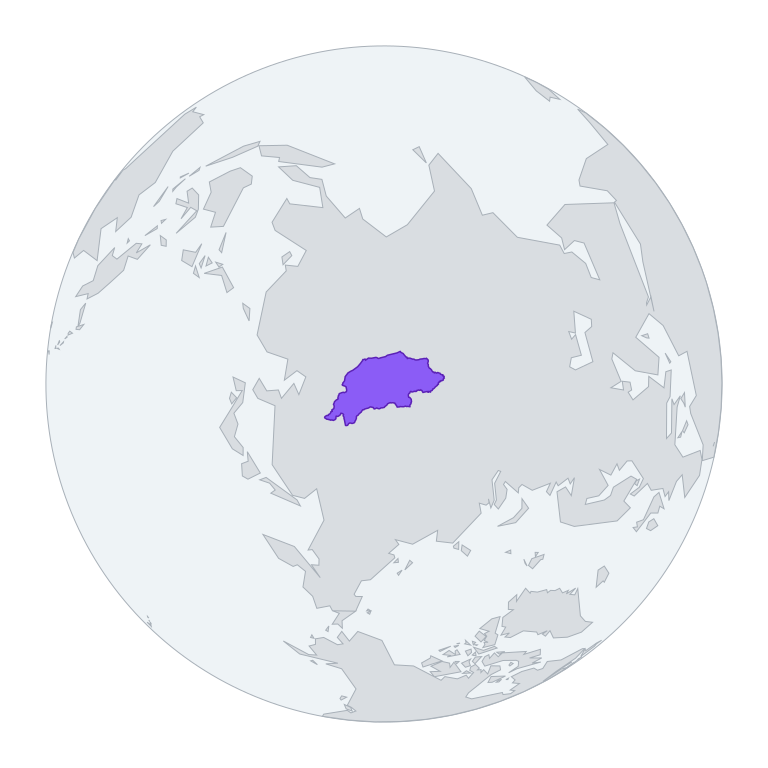 Mongolia on an orthographic globe, rotated 156°
{"feature_id": "MNG", "entity_name": "Mongolia", "entity_type": "country or territory", "adm_level": 0, "iso_a3": "MNG", "parent_name": "Asia", "parent_adm1": "", "projection": "orthographic", "projection_center": [102.872, 46.856], "detail": "fine", "context": "on_globe", "style": "filled", "palette": "violet", "viewbox_px": 768, "rotation_deg": 156, "n_neighbors": 0, "source": "natural_earth", "source_scale": "50m", "svg_char_len": 17813}
<svg xmlns="http://www.w3.org/2000/svg" viewBox="0 0 768 768"><g transform="rotate(156 384 384)"><circle cx="384" cy="384" r="338" fill="#eef3f6" stroke="#a8b0b8"/><path d="M574.3,104.8L575.4,105.5L573.3,106.9L550.3,100.8L548.0,97.0L542.7,96.7L545.3,101.8L548.2,105.4L533.6,116.8L538.5,141.1L551.0,152.0L539.7,147.7L570.8,171.6L580.5,190.2L562.8,167.4L555.8,163.8L559.0,175.1L552.5,174.0L550.3,179.1L542.2,177.0L532.5,164.7L527.1,163.3L529.7,171.5L523.2,175.2L520.2,163.2L508.6,168.6L490.2,150.6L488.7,123.2L471.7,114.4L452.4,90.1L447.4,91.9L436.9,84.8L427.3,84.6L426.5,80.8L419.5,84.0L422.1,87.5L419.9,90.2L414.5,90.6L412.5,85.7L414.9,84.8L411.5,83.6L412.8,81.0L409.1,82.5L407.2,76.9L401.0,83.1L392.8,79.3L393.8,75.5L404.2,75.0L432.4,67.5L436.6,64.8L432.0,60.7L401.3,54.0L401.6,51.9L394.3,49.6L389.3,50.7L393.2,53.1L382.1,55.3L388.2,58.7L384.6,60.3L386.7,64.8L375.0,65.3L362.6,63.5L360.2,60.1L354.7,59.5L347.7,64.1L334.5,59.9L310.4,61.5L308.2,60.7L320.5,55.6L343.8,51.4L359.7,47.7L337.9,51.5L332.8,50.7L327.1,51.5L320.7,52.8L318.1,53.9L314.0,54.3L334.1,49.8L338.1,49.4L331.7,50.6L342.6,48.9L356.1,47.2L355.8,47.3L381.4,46.1L406.9,46.9L432.4,49.6L457.6,54.2L482.3,60.7L506.5,69.1L530.0,79.2L552.6,91.2L574.3,104.8ZM697.3,262.8L694.9,258.8L695.2,257.2L697.3,262.8ZM694.2,259.1L694.9,259.9L694.4,259.8L694.2,259.1ZM694.3,260.9L694.2,259.6L694.7,261.7L694.3,260.9ZM694.9,264.1L694.5,262.2L694.7,262.6L694.9,264.1ZM694.8,267.4L694.6,268.0L694.0,265.8L694.8,267.4ZM550.6,107.4L546.0,102.1L546.1,98.2L550.7,102.6L550.6,107.4ZM549.5,116.3L545.5,113.1L551.7,112.7L552.1,114.6L549.5,116.3ZM561.5,160.6L559.0,154.7L563.6,160.9L561.5,160.6ZM551.4,180.2L554.2,182.3L551.9,184.2L551.4,180.2ZM392.9,64.4L389.9,64.6L391.1,63.6L392.9,64.4ZM396.7,66.4L400.3,65.1L402.7,65.9L400.4,66.6L396.7,66.4ZM537.4,182.8L532.8,185.4L535.8,180.6L537.4,182.8ZM391.8,67.8L406.4,67.5L410.4,69.0L405.1,73.2L391.8,67.8ZM529.0,185.6L518.1,192.7L523.3,197.8L502.3,188.0L518.6,184.8L521.4,177.8L523.8,183.5L529.0,185.6ZM425.3,88.5L422.3,84.7L429.8,87.6L425.3,88.5ZM430.7,89.8L457.0,96.1L458.8,102.4L449.6,98.7L455.9,107.1L443.8,106.9L437.6,102.3L438.9,98.2L433.3,101.4L430.7,89.8ZM492.4,181.8L488.3,182.0L490.7,179.5L492.4,181.8ZM419.7,91.6L424.8,92.1L426.7,97.4L416.7,97.5L419.3,95.7L419.7,91.6ZM463.5,109.6L463.1,113.9L453.2,114.8L451.8,116.7L443.7,107.5L463.5,109.6ZM416.1,94.7L411.6,97.4L405.7,95.3L414.7,91.5L416.1,94.7ZM431.4,98.9L431.8,101.6L428.3,100.0L431.4,98.9ZM382.5,90.4L388.6,90.4L390.1,93.1L382.5,90.4ZM410.3,98.6L412.3,99.3L413.6,100.5L409.5,101.9L410.3,98.6ZM437.3,109.0L433.2,108.7L440.1,112.8L432.9,114.1L428.8,107.8L427.6,111.1L425.4,111.5L424.5,106.0L437.3,109.0ZM409.2,107.1L401.5,100.2L389.8,99.4L388.1,96.8L407.3,98.8L409.2,107.1ZM418.3,106.9L412.3,106.4L413.2,103.2L417.9,101.6L418.3,106.9ZM429.6,117.3L441.6,116.9L442.1,118.4L429.6,117.3ZM405.6,107.4L407.5,109.1L404.7,107.7L405.6,107.4ZM422.0,114.8L426.2,114.4L426.6,116.0L422.0,114.8ZM407.9,113.0L405.4,110.7L408.5,109.4L407.9,113.0ZM414.2,114.3L413.8,116.7L411.1,110.3L416.0,113.8L414.2,114.3ZM421.7,116.4L423.3,117.3L419.9,116.4L421.7,116.4ZM397.5,119.5L393.4,111.8L400.3,108.9L403.4,116.6L397.5,119.5ZM112.4,183.0L124.4,184.5L117.2,198.6L115.8,232.3L113.9,239.2L103.4,246.4L93.9,290.6L103.3,289.9L105.2,323.9L113.3,340.5L135.0,324.3L121.9,296.5L130.1,280.9L149.1,293.9L162.1,319.4L165.7,314.2L166.3,290.0L178.3,288.3L167.6,281.1L165.2,289.6L158.5,285.6L160.2,277.8L164.3,277.2L163.0,268.2L143.4,274.0L139.0,283.3L129.8,266.6L121.5,280.6L115.9,280.0L127.8,256.1L133.5,251.6L148.1,219.3L141.3,222.3L127.0,253.4L127.4,247.2L118.1,252.7L125.6,243.7L143.0,210.2L140.7,195.6L122.2,194.7L124.2,185.8L132.9,172.2L155.4,158.0L148.5,179.8L156.4,176.1L171.2,161.6L167.8,169.8L173.0,166.9L171.7,175.1L183.1,178.2L183.8,186.0L201.0,179.9L203.7,183.3L192.8,185.8L185.5,192.1L188.8,213.0L193.2,214.8L204.1,209.4L203.6,216.3L213.8,208.5L221.9,218.3L220.5,200.2L233.3,194.5L245.2,196.9L249.1,192.1L229.9,188.4L222.4,190.0L216.4,196.4L195.8,199.4L191.9,194.1L212.5,179.5L209.3,170.7L226.7,164.1L268.1,176.5L278.9,186.2L269.8,215.2L260.0,216.1L258.3,205.8L248.1,221.0L254.5,217.0L254.2,223.1L266.3,220.2L266.6,224.4L277.7,214.7L279.4,219.6L272.4,225.7L291.8,226.6L298.8,236.1L303.1,234.4L305.6,229.9L312.8,245.6L315.7,243.6L314.4,237.7L319.2,230.2L330.4,223.3L332.3,229.1L328.5,232.3L323.3,248.3L312.9,256.7L314.8,258.5L324.3,252.6L330.6,233.0L336.8,227.3L335.3,236.6L336.3,232.8L340.0,231.8L345.4,236.4L347.8,226.5L385.9,210.7L400.1,219.1L394.5,228.5L423.0,226.0L436.9,237.2L435.7,231.4L448.6,227.4L444.4,223.8L444.8,220.8L476.0,210.7L484.7,213.4L496.8,204.1L496.2,201.4L490.3,198.7L502.3,188.0L523.3,197.8L523.7,203.4L536.6,206.4L535.5,219.1L540.6,231.5L531.9,244.8L536.7,254.1L541.2,254.3L551.2,267.6L555.8,295.8L532.0,272.0L521.0,233.0L523.8,248.4L517.2,244.9L514.5,250.6L516.9,261.9L520.9,263.2L494.2,284.0L488.1,315.7L503.1,311.8L512.8,319.5L519.0,355.8L492.4,408.5L505.1,422.2L506.2,432.2L495.7,439.9L493.9,425.4L482.9,421.5L483.5,412.6L466.1,421.2L466.1,408.9L452.5,422.3L458.1,431.6L473.5,428.0L461.7,445.8L477.8,460.9L480.0,480.4L454.2,516.0L427.3,527.1L425.8,532.8L414.9,526.5L400.7,537.6L421.0,568.6L420.5,577.3L397.3,593.0L396.8,586.9L368.1,570.0L362.8,589.8L384.5,607.2L392.0,625.2L375.3,619.1L367.7,602.7L357.5,596.2L360.3,579.2L351.9,551.4L335.0,554.4L336.3,543.4L322.1,517.4L297.9,520.0L259.4,539.7L254.0,565.7L240.8,572.7L224.8,527.0L225.5,498.2L214.8,496.2L202.5,463.8L167.0,439.4L166.3,429.9L158.7,428.2L150.7,412.1L151.4,397.0L144.5,391.4L143.9,431.4L151.7,437.6L164.4,433.3L162.3,445.2L170.5,462.9L145.7,474.4L100.2,456.0L103.2,434.5L107.0,356.0L111.1,351.5L111.4,350.8L111.9,349.3L104.6,355.2L107.8,340.5L97.8,390.4L92.8,407.5L99.5,456.4L97.0,457.1L101.4,469.7L124.4,485.1L122.9,491.1L107.5,507.6L82.1,511.8L89.8,539.4L95.3,556.4L89.3,549.4L78.0,527.4L68.3,504.6L60.4,481.2L54.1,457.2L49.6,432.9L47.0,408.3L46.1,383.6L47.0,358.9L47.1,358.4L48.2,346.0L48.5,343.9L52.4,319.2L58.1,294.8L65.5,271.0L74.8,247.7L85.7,225.2L98.3,203.6L112.4,183.0ZM108.7,193.2L105.6,196.5L108.7,193.2ZM168.3,358.8L181.0,373.3L188.4,352.7L193.9,356.8L194.4,348.6L188.9,351.2L192.0,330.0L202.2,331.8L207.4,324.2L203.4,319.0L184.1,319.4L179.5,349.3L170.9,352.0L168.3,358.8ZM331.6,51.0L329.9,51.3L323.3,52.5L326.2,51.8L331.6,51.0ZM295.3,60.9L289.4,61.4L295.6,60.2L298.5,58.8L315.1,55.1L308.0,60.2L308.2,58.3L295.3,60.9ZM335.3,52.5L325.5,53.6L336.5,52.2L335.3,52.5ZM203.0,145.2L198.2,150.3L192.3,151.2L191.5,143.2L200.1,141.6L203.0,145.2ZM192.8,157.6L213.5,146.4L214.8,151.6L210.6,150.4L209.4,155.0L202.2,154.5L183.3,171.1L176.9,173.1L178.9,156.1L181.8,160.2L186.3,154.7L192.8,157.6ZM263.9,115.0L272.9,112.0L264.1,126.9L256.8,128.1L255.5,119.7L263.4,113.3L263.9,115.0ZM379.7,76.1L383.7,75.2L384.2,76.4L381.3,78.1L379.7,76.1ZM385.2,90.2L362.8,81.8L366.2,80.1L349.0,78.0L351.4,73.1L362.5,74.5L351.3,69.6L362.3,68.8L353.8,66.2L378.2,69.8L387.6,69.5L376.2,71.5L373.8,75.9L375.6,77.8L387.7,83.0L406.7,85.3L407.3,90.7L402.7,93.9L398.3,94.1L399.2,90.4L392.5,93.4L390.6,88.4L385.2,90.2ZM348.4,137.5L351.4,131.5L337.7,139.8L335.6,133.4L334.1,134.8L328.5,131.5L319.0,130.0L319.6,126.8L315.7,127.7L311.8,125.7L306.6,125.9L305.9,120.6L299.5,120.5L302.8,118.1L291.9,119.6L299.7,116.2L295.5,113.8L290.2,118.3L298.9,92.3L296.6,85.2L290.4,81.5L304.6,77.0L319.4,78.1L332.5,83.1L332.7,91.1L339.1,88.0L341.0,91.1L335.2,92.2L345.4,92.4L345.4,95.3L357.1,101.8L371.8,101.0L376.4,103.7L370.7,105.5L379.3,107.0L371.7,112.4L374.8,114.6L370.4,122.4L357.6,125.2L362.1,127.5L359.0,134.1L348.4,137.5ZM395.9,121.6L381.0,125.6L372.6,124.3L383.8,111.2L382.0,108.5L388.8,100.8L400.9,103.0L397.8,104.9L397.7,107.3L394.0,105.7L396.8,108.9L392.7,111.8L393.7,115.1L388.6,115.4L395.9,121.6ZM118.2,240.3L117.9,244.6L118.8,249.9L113.0,253.9L118.2,240.3ZM129.6,217.3L130.3,219.9L122.5,227.3L122.8,223.2L129.6,217.3ZM137.4,215.4L131.0,219.5L134.6,214.8L137.4,215.4ZM194.1,188.2L195.6,191.0L193.1,192.9L189.2,193.2L194.1,188.2ZM307.1,163.2L310.2,159.3L312.3,159.8L323.4,154.8L325.8,159.5L320.0,164.3L307.1,163.2ZM128.9,323.3L122.7,322.7L123.2,318.1L125.2,319.2L128.9,323.3ZM114.5,286.8L114.6,297.9L112.9,287.7L114.5,286.8ZM311.6,167.4L315.9,164.7L314.4,168.7L311.6,167.4ZM328.1,162.7L327.5,167.1L327.3,159.5L328.1,162.7ZM125.7,589.9L130.6,607.2L121.9,597.3L113.8,586.4L107.6,572.5L115.6,578.5L117.7,575.0L125.7,589.9ZM476.4,656.0L486.3,655.1L485.9,656.0L476.4,656.0ZM466.1,654.4L477.5,653.0L464.0,656.7L466.1,654.4ZM481.9,652.3L493.6,648.4L498.6,645.9L497.6,648.0L481.9,652.3ZM458.3,655.5L415.5,658.4L398.6,656.1L402.6,652.6L430.1,652.7L458.3,655.5ZM401.3,652.5L375.3,641.5L339.6,605.2L352.4,607.3L389.7,630.1L387.3,633.4L403.1,642.2L401.3,652.5ZM463.9,629.5L461.4,639.6L437.9,641.0L427.2,640.0L419.8,627.5L423.9,620.6L432.7,620.4L466.6,593.3L478.5,597.8L468.1,609.4L477.8,617.2L463.9,629.5ZM255.4,568.7L262.4,586.3L255.3,586.5L255.4,568.7ZM480.1,573.7L466.6,586.7L478.9,570.0L480.1,573.7ZM487.2,558.0L488.2,563.8L482.6,558.9L487.2,558.0ZM425.6,541.6L416.3,543.3L416.0,538.8L427.7,534.0L425.6,541.6ZM481.6,496.5L481.8,510.3L480.2,515.2L475.8,507.5L481.6,496.5ZM338.2,207.8L320.1,209.2L308.6,214.3L304.6,223.1L302.4,211.7L320.1,203.8L338.2,207.8ZM379.8,209.5L383.1,202.5L386.9,205.6L386.6,207.6L379.8,209.5ZM378.1,205.2L372.5,196.7L377.8,192.8L381.2,200.3L378.1,205.2ZM341.4,180.8L335.8,180.8L337.1,177.4L341.4,180.8ZM546.6,680.2L545.3,680.5L538.1,684.4L546.5,679.2L535.4,685.6L532.3,685.8L521.3,689.6L456.3,711.5L442.8,713.2L448.0,710.5L439.1,703.4L443.7,703.1L442.9,696.1L482.2,682.6L511.0,661.1L530.9,656.4L547.2,639.2L567.1,632.4L560.0,644.4L579.3,641.0L595.9,613.4L604.1,628.2L615.6,625.0L614.6,630.6L603.8,640.7L576.2,661.9L546.6,680.2ZM665.9,570.4L662.8,574.8L662.0,575.1L663.9,572.7L665.9,570.4L665.9,570.4ZM677.0,549.9L677.6,549.5L676.6,551.2L677.0,549.9ZM676.2,550.8L678.0,547.1L677.3,549.2L676.2,550.8ZM668.0,552.7L669.6,550.0L670.1,550.2L668.0,552.7ZM500.9,652.2L515.0,642.3L522.4,639.8L500.9,652.2ZM666.3,552.4L662.7,555.9L663.2,554.3L666.3,552.4ZM666.8,549.2L666.6,547.8L668.4,549.7L666.8,549.2ZM660.2,552.0L664.4,550.9L659.6,552.9L660.2,552.0ZM657.4,555.0L654.2,556.5L654.4,555.7L657.4,555.0ZM617.5,586.9L630.1,589.2L619.4,596.1L607.6,596.7L597.3,608.5L574.5,618.2L580.0,611.8L577.2,606.7L553.1,613.3L548.2,610.5L557.0,604.5L540.8,606.2L558.6,598.2L565.7,605.0L575.6,593.8L592.4,588.2L608.3,583.2L620.7,582.5L617.5,586.9ZM558.3,618.3L561.3,617.2L558.5,620.8L558.3,618.3ZM647.9,557.1L652.6,557.2L652.0,558.7L649.6,560.1L647.9,557.1ZM623.6,579.2L637.1,563.2L640.1,561.2L631.1,575.4L623.6,579.2ZM634.0,560.5L640.0,557.4L643.1,559.2L641.8,561.3L634.0,560.5ZM521.9,621.3L521.2,624.0L516.5,623.2L521.9,621.3ZM528.0,618.2L542.1,616.8L526.7,620.7L528.0,618.2ZM484.6,618.4L488.7,624.0L502.2,617.5L491.9,625.2L500.8,633.3L497.7,637.6L488.9,628.7L485.5,640.2L479.5,641.0L476.4,632.1L482.5,619.2L488.5,613.1L512.6,606.2L484.6,618.4ZM528.0,610.6L524.3,604.2L527.0,598.4L531.1,601.3L528.0,610.6ZM512.8,588.2L502.5,580.9L493.4,586.3L511.7,569.3L518.6,579.1L512.8,588.2ZM503.8,569.1L495.2,574.1L503.9,564.4L503.8,569.1ZM492.9,571.2L491.7,564.5L498.6,564.2L492.9,571.2ZM508.2,568.5L509.5,556.4L513.1,562.6L508.2,568.5ZM488.2,549.2L503.3,558.2L484.1,556.6L482.2,533.2L490.3,531.4L488.2,549.2ZM526.8,438.6L524.2,431.4L531.2,427.8L531.0,433.7L526.8,438.6ZM551.8,411.2L532.3,424.5L516.2,435.7L521.7,438.0L519.1,451.8L510.2,441.5L520.6,424.5L533.0,418.4L533.7,406.8L542.1,396.7L538.5,383.3L541.8,376.0L548.9,386.5L551.8,411.2ZM536.4,377.8L533.2,353.0L547.0,352.4L550.8,357.6L546.5,369.1L539.5,368.7L536.4,377.8ZM536.5,347.0L529.7,346.6L510.6,313.5L510.0,306.6L531.8,330.3L526.5,331.4L528.8,339.9L536.5,347.0ZM490.1,184.9L488.4,182.3L492.2,183.8L490.1,184.9ZM442.2,218.9L443.4,215.2L447.7,216.7L442.2,218.9ZM448.9,205.8L443.2,206.6L448.5,203.3L448.9,205.8ZM430.6,209.1L440.6,205.7L432.2,212.5L430.6,209.1Z" fill="#d9dde1" stroke="#a8b0b8" stroke-width="1"/><path d="M326.6,364.9L327.0,364.9L327.8,364.5L327.9,364.3L328.0,363.8L328.3,363.5L329.1,363.4L329.3,363.5L330.0,363.6L330.4,363.9L330.7,363.9L330.8,363.8L330.9,363.5L331.1,363.4L331.3,363.8L331.8,363.8L332.1,363.7L332.2,363.3L332.4,363.2L332.6,363.3L333.0,363.4L333.3,363.1L334.0,362.9L334.1,362.7L334.1,362.3L334.2,361.8L334.6,361.6L335.1,361.7L335.5,361.6L335.7,361.1L335.9,361.0L336.6,360.9L337.7,360.6L338.2,360.6L338.7,360.2L339.0,360.1L339.8,359.7L341.0,359.5L341.3,359.6L341.4,359.3L341.8,359.1L342.0,359.1L342.5,358.6L342.9,358.5L344.3,358.6L344.7,358.2L344.8,357.8L345.1,357.8L345.3,358.2L345.8,358.7L345.9,358.9L346.1,359.0L346.4,358.8L346.6,358.5L346.8,358.4L347.2,358.6L347.3,359.3L347.6,359.6L348.2,359.7L349.5,360.0L351.2,360.3L351.8,360.4L351.9,360.7L352.0,361.9L352.0,362.4L352.1,362.7L352.3,362.8L352.7,363.3L352.8,363.7L353.2,363.6L354.0,363.7L354.3,363.9L354.4,364.2L354.6,364.4L355.7,364.5L355.9,364.6L356.2,364.7L356.3,364.5L356.9,364.4L357.2,364.2L357.5,364.2L357.7,364.5L358.0,364.5L358.1,364.3L358.3,364.4L358.9,364.7L359.1,365.0L359.4,365.1L359.9,365.0L360.0,365.1L360.6,365.1L361.7,365.3L362.1,365.8L362.2,366.1L362.4,366.3L363.0,366.3L363.8,365.7L364.0,365.3L364.5,365.2L365.0,365.2L365.3,364.9L365.6,364.8L366.0,364.5L366.6,363.2L366.8,362.1L366.8,361.8L366.6,361.7L366.3,361.6L365.9,361.1L365.7,360.4L365.7,359.9L365.3,359.1L365.4,358.7L365.7,358.0L365.8,357.4L365.9,357.0L366.0,356.8L366.3,356.4L366.5,356.2L366.8,356.2L367.0,355.7L367.3,355.1L367.5,354.9L368.6,354.5L369.1,353.9L369.2,353.6L369.4,352.9L369.6,352.7L369.8,352.8L370.1,353.2L370.3,353.2L371.4,353.9L372.5,354.2L373.2,354.9L373.6,355.1L375.2,355.2L377.9,356.5L378.5,356.9L378.8,356.8L379.2,356.8L381.2,357.5L381.4,357.7L381.4,358.0L381.3,358.3L381.3,358.9L381.5,359.3L381.6,360.2L381.6,360.6L381.6,360.8L381.8,360.9L381.9,361.2L381.8,361.7L381.8,362.0L382.0,362.3L382.5,362.4L382.8,362.8L383.3,363.2L384.0,363.5L385.1,363.8L385.4,363.9L385.6,364.3L386.1,364.4L386.9,364.6L387.5,364.4L388.6,364.5L388.9,364.4L389.6,363.8L390.0,363.6L390.5,363.5L390.8,363.4L391.9,363.1L392.4,363.1L393.0,362.6L393.4,362.5L394.6,362.8L395.3,362.9L396.1,363.3L396.6,363.4L397.9,363.2L398.4,363.3L399.4,363.9L399.8,364.5L400.5,365.1L402.0,365.0L403.1,365.2L403.2,365.3L403.2,365.7L403.3,366.7L403.4,366.9L403.6,366.9L403.7,367.2L404.4,367.6L405.2,368.3L405.7,368.6L406.0,368.7L406.5,368.5L408.4,368.4L409.3,368.6L409.6,368.7L412.2,369.0L412.6,368.7L413.0,368.7L413.8,369.1L414.1,369.0L414.6,368.8L416.4,367.5L416.8,367.6L417.9,367.1L419.2,366.8L420.2,366.1L420.7,366.0L421.4,366.0L421.8,365.9L422.7,365.2L423.0,364.1L424.3,362.7L425.4,362.0L426.0,361.3L426.8,360.7L427.1,360.8L428.5,360.7L429.5,361.1L429.9,361.5L430.7,362.1L431.3,362.3L432.4,362.2L433.8,361.2L434.1,361.1L434.7,361.2L435.5,361.4L435.8,361.6L436.0,361.9L434.6,368.0L434.7,368.4L434.5,369.0L434.1,369.7L434.1,370.4L434.2,371.1L434.3,371.6L433.4,372.5L433.7,373.5L434.0,373.9L434.4,374.3L435.3,374.8L435.6,374.6L435.9,374.1L436.4,373.6L437.5,373.5L438.0,373.3L438.4,373.2L439.0,373.2L439.7,373.3L440.2,373.6L440.6,374.0L440.9,374.0L441.2,373.4L441.5,373.0L442.1,371.8L442.9,371.6L443.1,371.4L443.5,371.3L443.9,371.4L444.9,371.3L445.2,371.4L446.2,372.4L447.3,372.6L447.5,372.7L447.8,373.2L448.0,373.4L448.6,373.6L448.8,373.9L449.7,374.6L450.6,375.1L450.8,375.4L450.9,375.7L451.1,376.0L451.7,376.6L451.7,377.0L451.8,377.3L451.8,377.7L451.2,378.2L450.9,378.3L450.3,378.3L449.8,378.5L449.1,378.5L448.5,378.3L448.2,378.1L447.7,378.0L447.3,378.5L447.0,378.5L446.8,378.7L445.7,378.7L444.8,379.2L444.2,379.6L443.9,380.1L443.7,380.3L443.4,380.3L442.8,380.1L442.4,380.1L442.3,380.3L442.2,381.1L442.3,381.3L442.2,381.5L440.8,381.8L440.3,381.7L440.1,381.8L439.7,382.2L439.5,382.3L439.3,382.5L439.2,383.0L438.6,383.8L438.3,385.1L438.5,385.6L438.4,386.0L438.1,386.3L437.8,386.4L437.4,386.8L436.5,387.9L434.5,388.7L433.5,388.9L432.8,388.8L432.4,388.9L432.1,389.1L431.9,389.2L431.9,389.8L431.7,390.2L430.8,391.3L430.5,391.8L430.3,392.0L429.7,392.3L428.9,393.3L428.6,393.4L427.4,393.3L426.4,393.3L424.9,393.1L424.4,392.9L424.0,392.4L423.6,392.2L422.3,392.3L422.0,392.2L421.4,392.4L420.9,393.0L420.5,393.9L420.2,394.9L420.1,395.8L419.8,396.4L419.8,396.7L420.0,397.0L420.4,397.7L420.8,398.2L421.9,399.1L422.4,399.7L422.5,400.1L422.5,400.3L422.3,400.5L421.8,400.7L421.0,401.8L420.8,401.8L418.8,402.9L416.7,406.1L416.5,406.5L413.6,408.1L412.5,408.7L412.1,408.9L411.2,408.9L409.3,409.2L407.0,409.2L401.0,410.5L397.1,412.4L394.7,413.8L394.2,414.0L393.6,414.7L393.3,414.9L392.8,414.6L391.2,414.5L391.1,413.3L387.7,414.0L384.9,412.6L380.9,411.7L380.1,411.3L379.7,410.9L379.0,409.8L378.7,409.6L378.0,409.4L376.3,409.3L371.5,408.4L369.2,408.9L359.5,407.1L356.0,407.2L355.8,407.0L355.8,406.4L355.7,406.0L355.2,405.4L354.8,404.9L354.2,404.2L354.0,403.8L353.9,403.1L353.1,400.3L352.9,399.7L352.7,399.4L352.2,399.3L352.1,399.1L352.1,398.7L352.4,397.8L352.3,397.7L351.1,397.7L349.7,397.0L348.9,396.2L348.4,395.8L347.7,395.0L346.8,394.7L346.4,394.4L346.0,393.7L345.7,393.3L345.1,393.0L344.2,392.6L342.2,392.0L341.3,392.1L340.7,392.0L339.7,391.7L339.1,391.4L337.3,391.1L336.7,390.8L336.2,390.7L335.9,390.5L335.6,390.2L335.2,390.0L334.8,389.9L334.7,390.0L334.5,389.6L334.2,388.9L334.2,388.6L333.9,387.9L334.3,386.8L334.8,386.1L335.0,386.0L335.7,385.2L335.8,384.8L335.7,384.3L335.6,383.8L335.7,383.4L335.9,383.1L336.3,382.3L336.3,382.1L336.2,381.9L336.3,381.0L336.0,379.7L335.5,379.4L334.9,377.6L334.8,377.3L334.9,376.9L334.8,376.3L334.6,375.7L334.6,375.3L334.5,375.2L334.1,375.0L333.8,374.7L333.7,374.3L333.7,374.0L333.6,373.8L333.4,373.7L333.1,374.0L332.8,374.0L332.6,374.0L332.1,373.4L331.9,372.8L331.7,372.6L331.1,372.5L330.5,372.7L330.0,372.5L329.6,371.9L329.3,371.7L328.4,370.9L328.5,370.3L328.4,369.9L328.0,369.7L327.7,369.2L326.5,368.5L326.5,368.3L326.5,368.2L326.9,367.9L327.0,367.7L326.9,367.5L326.2,367.0L326.2,366.8L326.0,366.4L326.1,366.2L326.5,366.0L326.6,365.8L326.5,365.6L326.5,365.3L326.6,365.1L326.6,364.9Z" fill="#8b5cf6" stroke="#5b21b6" stroke-width="1.5"/></g></svg>